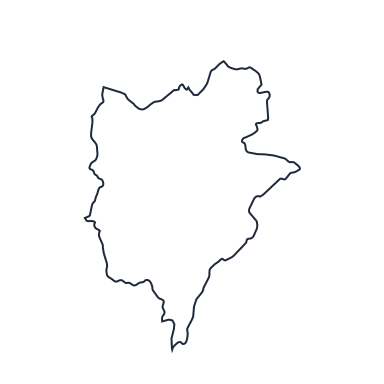 Phitsanulok, orthographic projection, rotated 154°
{"feature_id": "THA-396", "entity_name": "Phitsanulok", "entity_type": "Province", "adm_level": 1, "iso_a3": "THA", "parent_name": "Thailand", "parent_adm1": "", "projection": "orthographic", "projection_center": [100.549, 17.027], "detail": "fine", "context": "isolated", "style": "outline", "palette": "slate", "viewbox_px": 384, "rotation_deg": 154, "n_neighbors": 0, "source": "natural_earth", "source_scale": "10m", "svg_char_len": 5424}
<svg xmlns="http://www.w3.org/2000/svg" viewBox="0 0 384 384"><g transform="rotate(154 192 192)"><path d="M278.9,59.0L278.5,60.5L274.6,69.4L268.4,76.7L265.8,80.9L265.9,85.2L268.9,87.5L275.5,88.7L274.7,90.9L274.0,92.1L273.6,92.6L273.2,93.0L272.6,93.4L270.9,94.3L270.0,95.2L269.6,95.6L269.3,96.2L269.1,97.2L269.1,100.4L268.9,101.4L268.5,102.2L266.0,105.0L265.6,105.5L265.3,106.1L265.4,107.0L265.8,108.0L266.9,109.5L267.7,110.2L268.3,111.0L268.8,112.4L270.2,120.4L270.2,121.7L269.2,124.3L269.0,125.8L268.8,127.5L268.9,129.2L269.1,130.3L269.7,131.6L271.1,132.7L272.0,133.1L272.9,133.0L273.5,132.8L274.8,132.4L275.5,132.5L276.2,132.6L277.5,133.1L278.2,133.3L278.9,133.4L279.7,133.4L282.8,133.0L283.6,133.0L284.3,133.1L285.0,133.4L285.5,133.7L286.1,134.5L287.9,137.6L288.8,138.2L289.7,138.6L290.4,138.8L291.1,139.0L291.5,139.4L291.9,140.0L293.4,142.9L293.8,143.4L294.3,143.8L294.9,144.1L295.6,144.3L296.4,144.4L298.1,144.4L298.9,144.5L299.5,144.7L300.1,145.1L300.6,145.7L301.1,146.5L302.0,148.5L304.4,152.4L304.6,152.9L304.7,153.9L304.7,155.1L303.6,158.5L303.1,159.5L301.2,162.0L300.5,163.1L299.8,165.1L298.1,175.8L296.4,181.3L295.5,183.2L295.3,184.5L295.1,190.9L294.9,192.7L294.6,194.0L293.2,196.2L292.8,196.7L292.4,197.0L292.0,197.3L291.9,197.4L292.1,197.9L292.4,198.8L293.7,200.4L294.4,201.6L294.7,202.9L294.5,204.8L294.1,205.6L293.5,206.3L293.0,206.7L292.5,207.1L292.6,207.8L293.2,208.7L295.3,210.1L297.5,211.1L298.2,211.3L299.3,212.4L299.7,215.6L295.3,215.4L294.6,215.5L294.0,215.8L288.5,222.9L287.0,224.6L285.8,225.6L283.8,226.2L283.0,226.8L280.6,229.6L279.0,231.0L278.6,231.2L278.3,231.5L274.4,235.8L273.1,236.4L272.2,236.6L271.6,236.4L271.0,236.3L270.2,236.5L269.2,236.8L268.5,237.6L267.9,238.7L267.5,241.1L267.6,242.3L267.9,243.1L269.3,244.5L269.6,245.0L270.0,245.5L270.2,246.1L270.1,247.1L270.2,247.8L270.4,248.5L270.7,249.1L271.1,249.6L271.4,250.2L271.6,250.8L271.7,251.5L271.4,253.8L271.5,254.5L271.8,255.2L272.1,255.7L273.4,257.2L273.7,257.7L273.7,258.4L273.2,259.3L270.3,261.9L269.1,262.3L268.2,262.5L266.6,262.6L265.1,262.9L263.9,263.4L261.2,266.1L260.6,267.0L260.0,268.3L257.4,275.0L257.1,276.5L257.2,277.3L257.5,279.4L258.3,282.2L258.5,283.7L258.5,284.6L258.5,285.4L258.3,286.1L257.2,288.6L251.0,298.2L249.8,300.7L249.2,302.3L249.3,303.0L249.2,303.7L248.5,304.2L246.1,304.7L244.6,305.4L239.3,309.3L236.2,311.0L232.5,311.7L231.9,312.3L231.4,313.3L231.1,315.5L230.1,318.8L225.5,325.0L212.3,312.7L209.3,309.1L209.1,304.1L208.1,301.5L206.0,297.3L205.6,296.1L205.5,295.2L204.7,293.0L203.0,289.9L201.5,288.6L200.0,287.8L199.0,287.6L197.3,287.6L194.3,288.0L190.8,288.9L187.5,289.4L186.8,289.4L185.7,289.3L181.3,287.9L179.7,287.7L178.9,287.7L167.7,290.4L163.4,291.5L162.5,290.9L160.8,290.3L159.1,290.0L157.5,291.9L155.8,292.8L154.0,293.1L153.2,292.2L153.0,288.7L152.6,287.4L151.8,286.3L151.1,286.7L149.4,287.6L149.4,285.1L148.3,280.9L148.0,278.7L145.4,277.1L144.7,276.8L144.2,276.8L136.9,279.3L132.4,281.9L130.3,283.4L122.5,291.8L122.1,292.1L121.7,292.4L121.1,292.6L120.3,292.7L117.8,292.8L117.1,292.9L111.2,295.0L110.1,295.1L109.4,295.3L106.2,295.7L105.0,291.6L104.7,289.5L104.1,288.3L103.0,286.9L100.2,284.1L98.7,283.0L97.5,282.4L94.5,281.8L93.8,281.6L92.5,281.0L91.0,279.9L89.8,279.3L89.2,279.0L88.5,278.9L87.0,279.0L86.2,279.0L85.5,278.7L84.8,278.1L81.8,272.9L80.7,270.5L80.2,269.1L80.3,266.4L82.4,258.1L87.9,255.6L88.5,254.7L89.1,253.5L88.9,252.7L88.7,252.0L88.2,251.6L87.7,251.2L81.1,249.5L80.3,249.1L79.4,248.2L79.3,247.1L79.5,245.6L79.8,244.8L80.2,244.1L81.1,243.2L82.2,242.5L84.1,241.8L85.2,239.9L91.0,225.4L92.1,223.6L92.8,223.5L96.5,224.3L97.3,224.4L99.4,224.0L100.0,224.0L100.4,224.2L102.0,224.9L102.8,225.1L103.5,225.3L104.5,225.2L104.9,224.8L105.0,224.1L105.1,221.9L105.5,220.0L106.0,219.1L106.6,218.6L109.4,217.8L112.5,217.4L119.3,217.5L120.8,217.7L121.7,217.8L122.6,217.6L124.2,216.7L124.7,215.9L124.9,215.1L124.6,214.4L124.3,213.9L123.5,213.0L123.4,212.0L123.6,210.6L124.6,208.0L125.1,205.8L125.0,205.1L124.6,203.8L124.3,203.3L123.9,202.8L116.5,197.3L110.2,194.0L102.5,189.0L94.0,181.5L93.6,181.0L93.3,180.4L92.0,177.2L91.3,176.2L90.2,175.5L89.5,175.3L88.2,174.6L87.7,174.3L87.3,173.8L87.0,173.3L85.2,169.5L84.5,167.0L84.6,166.0L85.0,165.4L85.6,165.1L88.7,164.8L91.2,164.8L91.9,165.0L92.7,165.2L93.3,165.5L94.7,165.8L95.5,165.7L96.1,165.6L97.4,164.9L102.4,162.6L103.9,163.0L104.4,163.6L105.1,164.3L106.3,165.1L107.2,165.2L128.8,158.5L131.4,158.1L133.0,158.1L133.5,158.7L134.4,159.3L136.2,159.8L137.9,159.3L139.0,158.8L147.5,152.1L147.9,151.7L148.7,150.7L149.0,150.1L149.2,149.4L149.4,148.6L149.4,148.4L149.4,148.2L146.8,138.0L146.8,137.2L146.8,136.5L147.6,134.5L147.7,133.7L148.5,132.4L149.8,130.6L155.6,125.7L157.0,124.8L157.7,124.6L159.2,124.5L160.0,124.6L161.4,125.1L162.2,125.3L163.4,125.2L164.1,124.5L165.1,123.2L165.9,122.6L182.5,116.4L184.0,116.1L185.5,115.9L191.2,115.9L192.0,115.9L192.5,116.2L192.9,116.7L193.3,117.3L193.8,118.4L194.0,118.7L194.6,118.8L195.5,118.8L199.0,117.7L203.3,117.1L207.4,115.8L209.1,115.1L210.2,114.4L212.2,111.0L212.7,109.7L214.3,107.8L224.0,100.5L224.5,99.6L225.2,98.8L227.0,97.4L235.0,93.7L240.3,88.3L245.7,79.3L248.7,76.8L255.0,72.2L256.3,71.1L256.9,69.9L257.7,67.1L259.0,64.8L260.6,62.4L262.3,60.5L263.2,59.7L264.1,59.2L264.8,59.0L265.5,59.0L266.2,59.1L266.8,59.4L267.2,59.9L267.9,61.8L268.4,62.3L269.0,62.6L269.7,62.8L270.4,62.9L273.0,62.3L275.5,61.5L276.7,60.9L277.6,60.4L278.5,59.5L278.8,59.1L278.9,59.0Z" fill="none" stroke="#1e293b" stroke-width="2"/></g></svg>